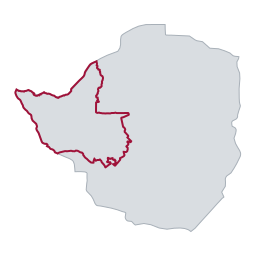 Matabeleland North on a map of Zimbabwe (Mercator projection)
{"feature_id": "ZWE-526", "entity_name": "Matabeleland North", "entity_type": "Province", "adm_level": 1, "iso_a3": "ZWE", "parent_name": "Zimbabwe", "parent_adm1": "", "projection": "mercator", "projection_center": [27.816, -18.601], "detail": "fine", "context": "in_parent", "style": "outline", "palette": "rose", "viewbox_px": 256, "rotation_deg": 0, "n_neighbors": 0, "source": "natural_earth", "source_scale": "10m", "svg_char_len": 7414}
<svg xmlns="http://www.w3.org/2000/svg" viewBox="0 0 256 256"><path d="M190.9,231.5L188.3,229.7L184.7,228.5L180.2,228.0L174.2,228.2L167.0,229.2L159.2,228.0L150.8,224.7L143.9,223.5L135.6,224.9L135.3,225.0L133.8,223.8L131.6,221.4L127.8,221.0L126.8,220.4L126.0,219.5L125.4,218.3L125.2,217.1L125.8,213.0L125.5,212.6L124.5,212.1L122.4,211.6L117.4,209.8L111.2,208.1L101.1,206.1L97.1,205.6L96.2,205.0L95.1,203.6L93.1,199.0L91.3,195.9L86.9,191.3L86.2,189.8L86.5,186.1L86.8,183.1L87.2,180.6L87.0,178.2L87.0,175.3L87.1,173.3L86.5,172.5L84.9,171.9L80.4,171.6L75.0,171.7L74.8,168.7L74.3,164.1L73.3,161.4L72.0,160.1L69.5,158.6L64.5,156.6L57.6,153.6L51.7,149.2L44.9,143.7L42.8,142.8L40.3,137.6L36.5,128.8L36.8,125.8L36.2,124.4L32.5,120.1L31.7,117.8L31.0,115.5L25.2,109.2L23.2,106.4L21.6,102.9L20.1,100.1L18.9,98.9L17.2,97.0L16.0,94.8L15.5,93.2L15.9,91.0L16.5,89.5L22.1,91.0L25.1,91.2L27.5,90.4L30.5,91.4L34.0,94.3L37.8,94.8L42.0,93.1L47.6,93.6L54.7,96.4L60.5,97.0L67.5,94.5L73.7,87.5L79.5,80.9L85.3,73.4L88.8,67.2L93.8,62.3L100.5,58.5L107.4,55.2L117.8,51.3L119.9,48.0L120.6,44.5L120.6,39.5L121.1,36.3L122.2,34.9L123.9,33.7L126.2,32.3L133.1,28.5L138.8,26.1L145.8,24.6L153.5,24.5L160.9,24.5L165.1,24.5L165.2,29.3L165.5,34.6L166.3,35.1L171.9,35.2L180.8,35.6L189.4,36.0L194.9,39.8L196.8,40.7L202.5,41.7L209.8,48.2L218.6,48.8L224.6,50.8L229.9,53.0L233.0,55.7L235.0,56.3L237.6,56.5L238.9,56.7L238.6,58.6L236.9,61.9L237.1,66.6L239.6,73.0L239.9,78.7L239.1,88.6L239.2,98.3L239.4,101.7L239.8,104.0L240.3,105.3L240.2,106.7L238.8,110.8L237.6,115.0L237.6,116.8L237.1,118.0L236.2,119.0L232.4,121.0L231.7,122.2L231.8,124.4L232.2,126.3L233.7,127.0L235.4,128.1L236.1,129.5L236.1,130.9L235.6,133.6L234.0,138.2L235.5,143.4L237.3,146.7L239.7,150.7L240.6,153.1L240.6,154.8L240.2,156.5L236.7,163.6L234.1,168.1L231.0,172.9L226.8,175.9L225.8,177.3L225.3,178.9L225.5,182.5L225.3,186.3L221.7,192.1L223.9,197.0L223.4,197.5L222.3,198.2L217.1,203.8L212.0,209.5L208.2,213.7L203.9,218.4L199.1,223.7L195.0,228.3L190.9,231.5Z" fill="#d9dde1" stroke="#a8b0b8" stroke-width="1"/><path d="M37.0,126.3L36.2,123.8L32.6,120.6L31.6,118.3L31.4,116.0L31.1,115.0L30.3,114.3L29.2,113.7L28.4,113.0L27.0,111.0L26.6,110.6L25.6,109.9L23.7,107.9L23.4,107.3L23.2,106.9L22.9,105.6L22.7,105.0L21.8,103.5L20.8,101.1L20.2,100.0L19.4,99.3L18.4,98.7L17.6,97.8L16.4,95.8L15.6,93.7L15.4,93.0L15.4,92.1L16.5,89.5L17.3,90.0L18.2,90.6L18.7,90.9L19.0,91.0L19.9,90.9L20.9,91.3L21.2,91.3L23.4,91.3L24.0,91.6L24.4,91.2L24.5,91.1L26.5,90.8L28.0,90.1L28.7,90.0L29.4,90.6L30.5,90.9L31.2,91.2L31.8,91.6L32.3,92.3L33.6,92.9L34.0,93.4L33.5,93.6L33.5,94.0L33.7,94.5L34.0,94.9L35.8,95.7L37.0,95.8L37.3,95.7L38.9,94.9L39.1,95.1L39.3,94.7L39.7,94.6L40.3,94.6L40.7,94.5L40.7,93.9L41.4,93.7L41.9,93.4L42.5,93.3L43.8,92.3L44.1,92.2L44.3,92.3L44.9,93.0L45.1,93.1L46.5,93.3L47.1,93.8L47.4,93.8L48.4,93.6L49.8,93.9L52.0,95.1L53.2,95.5L54.0,95.6L54.4,95.8L55.7,97.0L56.1,97.2L57.8,97.8L58.2,97.9L58.5,97.8L59.4,97.0L59.7,96.8L60.2,96.6L60.9,96.5L63.6,95.3L64.3,95.5L65.4,94.8L65.7,94.7L67.1,94.6L67.5,94.5L68.3,94.1L70.2,92.2L71.2,91.0L71.1,89.5L71.1,89.2L71.4,88.7L79.1,80.7L82.0,78.0L83.6,76.4L84.4,74.9L84.9,72.5L85.4,71.4L89.4,65.5L90.5,64.2L92.0,63.3L96.5,61.3L97.0,63.8L96.7,65.4L96.9,65.5L97.3,65.8L97.5,66.0L97.5,66.3L97.1,67.3L97.0,67.8L97.1,68.1L97.4,68.4L97.8,68.5L98.0,68.7L98.3,69.4L98.4,69.6L98.7,69.6L99.3,69.6L99.6,69.7L99.8,69.9L99.7,70.7L99.8,71.1L100.1,71.5L100.0,71.8L99.9,72.2L99.9,72.3L100.3,72.9L100.3,73.7L100.6,74.8L100.7,75.0L101.2,75.4L101.5,75.7L101.8,75.9L102.3,76.1L102.5,76.3L102.6,76.5L103.0,77.8L102.9,78.9L102.6,79.8L102.6,80.2L102.3,80.6L101.9,81.8L102.1,83.1L101.8,83.6L101.6,84.3L101.5,84.8L101.5,85.1L101.6,85.7L101.6,86.2L100.8,87.1L100.1,87.7L99.9,87.8L99.8,87.7L99.6,87.6L99.3,87.5L99.1,87.6L98.3,88.3L98.0,89.3L98.0,89.5L98.4,90.9L98.3,91.2L98.3,91.4L97.9,92.1L97.7,92.8L97.7,93.2L97.8,93.4L97.7,93.6L97.6,93.8L97.4,93.9L97.2,94.1L97.1,94.7L96.9,94.9L96.3,95.5L96.1,95.8L96.1,96.1L96.3,97.1L96.5,97.4L96.8,97.6L97.0,97.6L97.4,97.5L97.6,97.5L97.7,97.8L97.7,98.5L97.8,98.8L97.9,99.2L98.0,99.6L97.8,99.9L97.3,100.4L97.2,100.5L97.3,100.7L97.4,100.9L97.7,101.1L98.5,101.3L98.8,101.5L98.8,101.8L98.7,101.9L97.1,102.1L96.3,102.3L96.2,102.4L96.1,102.5L96.0,111.4L96.1,112.3L96.7,112.7L97.1,112.8L97.4,112.9L99.1,112.6L100.1,113.0L101.3,113.1L102.2,113.3L105.1,113.4L105.7,113.5L106.7,113.3L108.2,113.3L109.1,113.4L110.3,113.4L111.6,113.0L113.5,113.0L114.5,112.9L115.2,112.7L115.6,112.7L116.1,112.9L117.0,113.1L127.8,113.0L128.1,113.0L128.3,113.1L128.7,113.9L128.8,114.2L128.8,114.5L128.7,114.8L128.4,115.0L123.4,117.2L121.8,117.6L121.5,117.7L121.3,118.0L121.3,118.5L123.0,126.3L123.1,126.6L123.3,127.0L123.5,127.2L124.0,127.4L124.3,127.7L125.1,129.0L125.2,129.3L125.1,130.0L124.7,130.7L124.7,131.9L124.9,132.2L125.3,132.5L127.9,135.4L128.1,135.6L128.1,135.9L128.2,136.2L128.1,136.4L127.4,137.5L127.6,137.7L131.2,141.2L131.0,141.7L130.8,141.9L130.5,142.1L130.3,142.1L130.1,142.1L129.4,141.7L129.1,141.6L128.0,141.4L127.6,141.5L127.4,141.8L127.4,142.1L127.5,142.3L128.2,143.2L128.3,143.4L128.4,143.6L128.3,144.4L128.1,144.6L127.9,145.0L126.6,146.1L126.4,146.4L126.5,146.6L126.6,146.8L127.0,147.2L127.6,147.6L127.7,147.9L127.7,149.4L127.2,151.2L127.0,151.4L126.3,151.9L125.9,152.1L125.6,152.1L123.9,151.8L123.7,151.8L123.7,152.3L124.2,154.2L124.5,155.0L124.4,155.2L123.9,156.1L123.6,156.3L121.5,157.5L120.1,158.1L120.0,158.5L120.0,158.9L120.2,159.5L120.1,159.8L117.2,163.3L116.7,163.8L116.2,164.2L116.0,164.6L115.3,165.5L114.9,165.5L114.6,165.5L113.2,164.2L115.1,163.8L115.6,163.6L115.8,163.4L116.0,163.1L116.1,162.8L116.0,162.6L115.3,162.1L115.2,161.9L115.2,161.6L115.5,160.9L115.5,160.6L115.4,160.5L115.0,160.3L114.9,160.2L114.8,159.7L114.7,159.6L114.1,159.8L113.7,159.9L113.1,159.5L112.6,159.3L112.5,159.1L112.5,158.6L112.6,158.2L112.4,158.1L111.8,158.3L111.1,158.4L110.4,158.9L110.2,158.9L109.9,158.8L108.3,157.9L107.9,157.9L107.8,158.1L107.8,158.5L108.1,159.6L108.1,159.8L107.9,160.5L107.9,161.1L107.8,161.3L107.2,161.6L107.1,161.8L107.3,162.1L107.6,162.2L108.4,162.2L108.9,162.3L109.3,162.3L109.6,162.2L109.9,162.2L110.1,162.2L110.3,162.6L110.6,162.9L110.6,163.2L110.3,164.0L109.5,164.3L105.6,167.3L105.4,167.3L105.3,167.2L105.0,166.6L104.7,165.8L104.3,165.2L104.0,164.9L103.8,164.4L103.3,164.1L103.1,163.8L103.0,163.5L102.4,163.0L101.8,162.4L101.7,162.2L101.6,161.7L101.4,161.3L101.2,160.7L100.9,160.5L100.4,160.3L100.3,160.2L100.1,159.7L99.9,159.5L99.7,159.6L98.7,160.0L97.2,160.0L95.9,160.7L95.7,160.7L94.6,159.0L94.4,158.8L94.2,159.2L93.8,160.4L93.6,161.4L93.5,162.2L93.5,162.6L93.3,162.7L92.4,162.7L91.2,162.5L90.8,162.4L90.5,162.2L90.1,161.7L89.4,161.3L88.9,160.9L86.8,158.8L85.5,157.9L84.5,156.8L84.0,155.9L83.4,155.4L83.3,155.1L83.1,153.8L82.9,153.5L82.5,153.3L82.1,152.7L81.5,152.5L80.7,152.4L80.1,152.2L79.7,152.0L78.7,151.3L78.1,151.0L77.6,150.8L76.0,150.6L75.6,150.7L74.9,151.2L74.5,151.3L73.5,151.2L73.0,151.2L72.7,151.2L72.4,151.2L71.9,150.9L70.8,150.8L66.8,151.3L66.1,151.1L65.1,151.1L59.4,152.5L59.0,152.7L57.5,153.5L57.0,153.1L55.7,152.7L55.2,152.5L54.8,152.1L54.6,151.4L54.3,150.8L53.8,150.3L52.7,149.5L52.1,149.3L51.0,149.1L50.4,148.8L49.9,148.3L49.1,147.1L48.4,146.7L47.6,146.6L47.0,146.2L47.4,145.7L47.6,145.0L47.5,144.8L47.0,144.2L46.7,143.9L46.4,143.8L44.9,143.8L43.6,143.4L42.4,142.7L41.7,141.6L38.9,133.7L38.3,132.4L37.4,131.2L36.7,130.0L36.5,129.4L36.3,128.7L36.4,128.1L36.9,126.9L37.0,126.3Z" fill="none" stroke="#9f1239" stroke-width="2"/></svg>